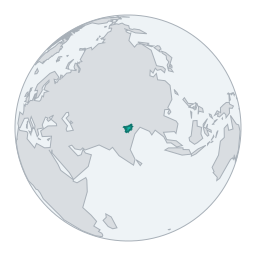 Bihar on an orthographic globe, rotated 327°
{"feature_id": "IND-3258", "entity_name": "Bihar", "entity_type": "State", "adm_level": 1, "iso_a3": "IND", "parent_name": "India", "parent_adm1": "", "projection": "orthographic", "projection_center": [85.594, 25.909], "detail": "medium", "context": "on_globe", "style": "filled", "palette": "teal", "viewbox_px": 256, "rotation_deg": 327, "n_neighbors": 0, "source": "natural_earth", "source_scale": "10m", "svg_char_len": 11577}
<svg xmlns="http://www.w3.org/2000/svg" viewBox="0 0 256 256"><g transform="rotate(327 128 128)"><circle cx="128" cy="128" r="113" fill="#eef3f6" stroke="#a8b0b8"/><path d="M166.0,22.0L171.6,25.0L176.6,27.4L173.0,26.0L184.6,32.0L189.8,36.0L182.0,30.6L179.6,29.5L182.1,31.7L180.3,31.1L180.4,31.9L178.0,31.1L173.6,28.4L172.0,27.9L173.8,29.5L172.5,30.0L170.1,27.7L167.6,28.3L159.8,24.7L155.2,20.3L148.9,18.8L138.8,16.1L137.8,16.2L133.3,15.7L130.3,15.7L129.3,15.5L127.9,15.8L129.4,16.0L127.7,16.4L126.1,16.0L126.6,15.9L125.3,15.9L125.2,15.7L124.4,15.9L122.6,15.7L122.0,16.1L118.7,16.2L118.1,16.0L121.3,15.7L124.3,15.4L132.8,15.5L141.2,16.1L149.6,17.5L157.9,19.4L166.0,22.0ZM180.6,29.5L179.0,28.4L181.2,29.7L180.6,29.5ZM180.9,32.2L181.9,32.7L181.5,32.9L180.9,32.2ZM177.5,32.0L176.5,32.3L176.7,31.5L177.5,32.0ZM121.6,15.5L121.1,15.6L115.7,16.0L117.1,15.9L121.6,15.5ZM175.5,32.2L173.4,33.4L175.5,34.6L168.3,32.1L172.5,31.7L172.4,30.4L173.8,31.6L175.5,32.2ZM130.5,16.0L128.9,15.8L131.7,15.9L130.5,16.0ZM132.4,16.1L141.4,16.7L143.0,17.3L139.7,16.8L143.1,17.8L139.5,17.7L136.8,17.2L136.4,16.8L135.4,17.2L132.4,16.1ZM164.7,30.7L163.5,30.7L163.9,30.2L164.7,30.7ZM129.4,16.4L131.1,16.3L132.7,16.8L129.6,17.0L130.1,16.7L129.4,16.4ZM145.7,18.1L146.3,18.7L143.6,18.7L143.5,19.0L139.5,17.8L145.7,18.1ZM128.9,16.7L128.1,17.1L125.9,17.0L127.9,16.4L128.9,16.7ZM134.4,16.9L135.0,17.2L133.6,17.1L134.4,16.9ZM117.6,17.4L119.6,17.1L120.6,17.3L117.6,17.4ZM127.9,17.2L128.6,17.3L129.2,17.4L128.2,17.6L127.9,17.2ZM137.9,18.0L136.6,18.0L139.4,18.5L137.4,18.7L135.2,18.0L135.3,18.4L134.7,18.5L133.5,17.8L137.9,18.0ZM129.0,18.3L125.5,17.7L121.6,18.0L120.6,17.8L127.0,17.3L129.0,18.3ZM131.8,18.0L129.8,18.1L129.6,17.7L130.8,17.4L131.8,18.0ZM136.9,19.2L140.5,19.1L140.9,19.3L136.9,19.2ZM128.0,18.4L128.8,18.6L127.7,18.5L128.0,18.4ZM134.2,19.0L135.4,18.9L135.8,19.1L134.2,19.0ZM129.6,19.1L128.5,18.9L129.2,18.6L129.6,19.1ZM131.8,19.1L132.0,19.5L130.2,18.7L132.2,19.0L131.8,19.1ZM134.4,19.3L135.0,19.3L133.9,19.3L134.4,19.3ZM127.4,20.4L124.9,19.4L126.6,18.8L128.8,19.8L127.4,20.4ZM26.5,79.2L36.6,67.7L36.0,71.2L41.1,75.9L41.2,77.7L37.5,82.1L38.8,93.9L42.9,91.1L47.2,99.2L52.1,102.0L59.4,93.2L51.4,88.5L53.1,82.9L62.0,82.7L69.4,87.3L70.3,85.3L68.2,78.8L72.6,76.6L67.8,76.4L67.8,78.9L64.8,79.0L64.6,76.7L66.2,75.9L64.7,73.9L57.7,78.7L56.9,81.8L51.4,79.6L49.6,84.7L47.2,85.8L49.3,77.7L51.2,75.5L53.0,65.8L50.6,67.8L48.7,77.3L48.1,75.9L44.8,79.2L46.9,75.6L49.6,65.2L46.4,63.5L37.7,69.0L36.8,67.8L38.2,64.1L46.0,55.7L47.1,59.5L49.9,57.0L53.6,51.8L53.7,53.5L55.3,52.0L56.2,53.4L61.2,51.7L62.6,52.9L68.4,48.9L69.9,49.1L66.1,51.3L64.2,53.7L68.2,57.3L70.0,57.0L73.5,54.2L74.1,55.8L76.9,52.7L81.1,53.8L78.4,50.1L82.3,47.3L86.9,46.4L87.7,44.9L80.3,46.5L77.7,47.8L76.4,49.9L69.1,53.4L66.9,53.0L72.7,47.1L70.2,46.0L75.8,42.3L92.4,39.7L97.4,40.6L97.7,47.9L94.4,49.0L92.6,46.9L90.8,51.4L92.6,49.8L93.1,51.2L97.1,49.4L97.6,50.3L100.4,47.0L101.5,48.0L99.8,50.1L106.5,48.6L110.0,50.3L111.2,49.5L111.6,48.2L115.7,51.6L116.4,50.9L115.3,49.5L116.1,47.3L119.1,44.9L120.4,46.2L119.5,47.2L119.4,51.5L116.8,54.4L117.6,54.7L120.2,52.5L120.2,47.2L121.7,45.5L122.2,47.8L122.1,46.8L123.2,46.3L125.5,47.2L125.2,44.6L135.7,38.9L141.2,40.3L140.4,42.8L149.1,41.3L154.5,43.6L153.5,42.3L157.0,41.0L155.4,40.2L155.2,39.5L163.4,36.9L166.3,37.5L168.7,35.5L168.2,34.9L166.2,34.2L168.3,32.1L175.5,34.6L176.3,35.8L180.2,36.8L181.5,39.6L184.3,42.6L183.3,45.5L185.6,47.9L186.9,48.1L191.1,51.8L195.1,59.2L186.1,52.3L178.9,42.5L181.4,46.2L179.1,45.3L179.0,46.6L180.8,49.5L182.1,49.9L176.4,55.1L177.5,63.7L181.5,62.6L185.0,64.8L189.8,75.4L185.9,91.3L190.5,95.7L191.4,99.0L188.8,101.5L187.4,96.8L183.9,95.5L183.5,92.7L178.9,95.6L178.1,91.7L174.8,96.1L177.1,99.0L181.5,97.7L179.1,103.7L184.8,108.5L186.5,115.1L180.4,127.9L172.6,132.5L172.4,134.7L168.8,132.6L164.8,137.2L172.1,148.3L172.2,151.7L165.3,158.7L165.0,156.3L155.4,150.9L154.2,158.9L161.5,165.0L164.0,172.3L158.6,170.4L156.0,163.9L152.6,161.8L153.2,154.9L149.6,144.6L144.2,146.8L144.2,142.5L138.5,133.9L130.5,136.7L118.1,147.4L116.9,158.0L112.4,162.2L105.4,146.4L104.5,135.8L100.5,136.3L94.5,126.5L80.1,123.1L79.2,120.0L76.3,120.6L72.2,116.7L71.5,111.8L68.4,111.1L70.8,124.1L74.2,124.9L78.7,121.4L78.6,125.7L82.7,130.5L73.7,138.6L54.3,141.5L54.5,133.3L50.8,107.7L52.1,105.5L52.2,105.3L52.3,104.7L49.7,108.0L49.8,103.2L49.5,120.1L48.5,126.8L54.0,141.8L53.0,142.7L55.4,146.2L65.6,146.6L65.2,149.1L59.1,159.3L46.7,170.1L49.6,181.0L50.8,189.2L45.9,191.6L49.1,198.2L46.9,198.7L48.7,202.0L48.5,204.2L47.2,205.1L42.0,200.6L39.5,197.3L33.5,188.9L24.3,170.1L23.3,164.0L21.9,157.8L18.4,141.2L19.0,134.6L18.6,130.5L17.5,129.2L17.3,124.4L16.9,123.0L15.8,118.0L16.8,109.9L18.4,102.0L20.5,94.2L23.2,86.6L26.5,79.2ZM29.6,75.9L28.5,77.7L29.6,75.9ZM75.0,97.6L80.9,100.1L82.0,93.0L84.4,93.5L83.9,91.0L82.1,92.5L81.5,86.0L85.3,85.2L86.6,82.4L84.6,81.5L77.6,84.1L78.4,93.2L75.5,95.2L75.0,97.6ZM63.7,43.3L62.7,44.8L60.5,46.1L58.7,45.4L61.9,43.5L63.7,43.3ZM61.8,46.8L68.0,41.6L69.4,42.1L67.6,42.7L67.8,43.5L65.0,44.6L60.2,50.5L57.9,52.1L55.9,49.5L57.8,49.3L58.6,47.7L61.8,46.8ZM81.6,30.3L84.3,28.8L83.7,31.7L81.2,32.8L79.3,31.9L81.1,30.2L81.6,30.3ZM113.8,16.6L114.9,16.4L115.3,16.4L114.8,16.6L113.8,16.6ZM118.5,17.3L109.6,17.8L110.3,17.5L104.2,18.5L103.8,18.3L107.8,17.5L103.0,18.3L106.5,17.5L102.9,18.2L111.9,16.6L114.8,16.2L111.7,16.7L111.9,16.9L112.9,16.9L117.8,16.6L124.2,16.1L125.5,16.5L124.7,17.0L123.3,17.1L122.9,16.7L121.4,17.3L119.8,16.9L118.5,17.3ZM114.3,25.7L114.4,24.5L111.1,26.8L109.5,25.9L109.2,26.2L106.8,26.1L103.4,26.6L103.1,26.0L101.9,26.5L100.3,26.5L98.5,27.0L97.4,26.3L95.2,26.9L96.0,26.3L92.4,27.5L94.5,26.3L92.7,26.4L91.6,27.6L89.9,24.0L87.5,23.9L84.3,24.7L88.4,22.9L94.0,21.2L99.7,20.1L101.4,20.6L102.9,19.8L104.2,19.9L102.4,20.5L105.9,19.7L106.5,20.0L111.5,19.9L116.1,19.0L118.1,19.1L116.6,19.6L119.6,19.4L118.0,20.5L119.4,20.6L119.2,22.0L115.5,23.2L117.3,23.3L117.3,24.5L114.3,25.7ZM127.2,20.8L123.1,22.0L120.2,22.2L121.7,19.7L120.7,19.5L121.6,18.2L125.7,18.0L125.1,18.4L125.5,18.7L124.0,18.6L125.5,18.9L124.6,19.4L125.5,19.9L123.9,20.1L127.2,20.8ZM43.3,76.8L43.7,77.6L44.8,78.5L42.8,80.8L43.3,76.8ZM45.0,69.7L45.6,70.0L43.3,73.3L42.9,72.5L45.0,69.7ZM48.0,67.5L45.9,69.7L46.8,68.0L48.0,67.5ZM66.9,51.5L67.9,51.8L67.2,52.6L65.7,53.3L66.9,51.5ZM104.1,33.5L104.6,32.5L105.4,32.4L108.4,30.6L109.9,31.3L108.6,32.7L104.1,33.5ZM56.9,94.1L54.3,95.1L54.1,93.8L55.0,93.7L56.9,94.1ZM47.3,87.7L48.6,90.4L46.8,88.3L47.3,87.7ZM106.2,33.9L107.3,33.1L107.3,34.0L106.2,33.9ZM111.1,31.8L111.5,32.7L110.4,31.2L111.1,31.8ZM106.7,235.2L108.8,236.0L106.9,235.8L106.7,235.2ZM65.5,193.5L64.4,205.7L60.3,204.2L57.7,199.8L56.8,191.9L61.1,191.1L62.6,187.9L65.5,193.5ZM189.1,185.4L191.9,185.2L191.8,185.6L189.1,185.4ZM186.2,184.4L189.5,183.9L185.5,185.5L186.2,184.4ZM190.8,183.7L194.1,182.1L195.6,181.0L195.3,182.0L190.8,183.7ZM183.9,184.9L171.0,186.7L165.8,186.1L167.2,184.3L175.6,183.7L183.9,184.9ZM166.7,184.3L158.6,180.2L146.9,166.6L151.1,166.7L163.3,174.6L162.5,176.1L167.4,179.4L166.7,184.3ZM185.9,172.8L185.1,177.4L178.1,178.1L174.9,177.9L172.7,172.4L173.9,169.4L176.6,169.1L186.5,157.4L190.0,159.3L187.1,164.1L190.0,167.5L185.9,172.8ZM117.5,159.0L120.3,165.3L117.8,166.2L117.5,159.0ZM190.1,149.5L186.4,154.7L189.6,148.1L190.1,149.5ZM191.8,143.4L192.2,145.7L190.4,143.7L191.8,143.4ZM172.7,137.9L169.8,138.8L169.6,137.1L173.0,135.0L172.7,137.9ZM187.7,120.8L188.4,125.7L188.1,127.4L186.5,124.7L187.7,120.8ZM120.0,40.8L114.1,42.3L110.9,44.3L110.5,46.7L108.5,44.2L113.5,41.1L120.0,40.8ZM133.6,38.9L133.9,37.2L135.5,37.7L135.6,38.2L133.6,38.9ZM132.6,38.0L129.8,36.3L131.1,35.2L133.0,36.7L132.6,38.0ZM117.8,34.6L116.0,34.9L116.0,34.1L117.8,34.6ZM199.0,215.4L201.3,213.2L203.7,211.4L200.7,214.0L199.0,215.4ZM196.8,210.2L177.4,220.2L173.8,220.4L176.0,218.0L175.1,211.7L176.4,211.6L177.1,206.8L189.2,200.0L198.3,189.4L203.6,188.4L208.5,180.6L213.5,179.2L211.2,184.8L215.5,186.0L220.8,173.2L221.0,183.6L222.5,185.7L220.1,192.0L208.7,206.5L204.3,210.5L204.5,210.0L202.4,211.8L200.7,212.6L201.9,209.9L199.7,211.7L202.7,208.4L199.2,211.7L199.3,210.0L196.8,210.2ZM231.3,172.9L231.6,172.1L231.7,171.9L231.3,172.9ZM235.0,163.2L235.2,162.6L235.1,162.8L235.0,163.2ZM235.2,162.6L235.6,161.1L235.3,162.3L235.2,162.6ZM235.4,158.6L235.7,157.7L235.7,158.1L235.4,158.6ZM196.0,184.2L200.1,180.0L202.2,179.1L196.0,184.2ZM235.3,157.7L234.8,158.3L234.9,157.6L235.3,157.7ZM235.6,156.1L235.6,155.3L235.7,157.0L235.6,156.1ZM234.7,155.4L235.2,156.2L234.6,155.7L234.7,155.4ZM234.2,156.1L233.7,155.9L233.8,155.6L234.2,156.1ZM226.2,163.3L228.4,167.0L226.2,168.3L223.8,166.5L221.3,170.8L215.8,172.8L217.3,170.2L216.8,167.5L210.7,168.5L209.5,166.9L211.8,164.8L207.5,164.5L212.2,162.1L214.0,165.6L216.5,161.4L220.6,160.5L224.3,160.1L226.9,161.7L226.2,163.3ZM211.9,171.3L212.7,171.0L211.9,172.5L211.9,171.3ZM232.7,154.7L233.4,155.9L233.3,156.5L232.9,156.6L232.7,154.7ZM227.6,160.6L230.6,155.4L231.2,155.0L229.2,160.1L227.6,160.6ZM230.0,153.6L231.2,153.2L231.8,154.7L231.5,155.4L230.0,153.6ZM202.4,170.4L202.2,171.6L200.9,171.0L202.4,170.4ZM204.1,169.2L207.8,169.4L203.7,170.3L204.1,169.2ZM191.9,168.1L193.1,170.6L197.0,168.0L194.0,171.2L196.5,175.1L195.5,177.0L193.1,172.7L192.0,178.0L190.3,178.2L189.6,174.1L191.4,168.4L193.1,165.8L199.8,163.4L191.9,168.1ZM204.1,165.9L203.1,162.9L203.8,160.5L204.9,161.9L204.1,165.9ZM199.8,155.8L196.7,152.6L194.2,154.7L199.1,148.1L201.2,152.2L199.8,155.8ZM196.8,147.9L194.5,149.8L196.8,146.1L196.8,147.9ZM193.7,148.6L193.2,145.9L195.2,145.9L193.7,148.6ZM198.1,147.7L198.1,143.0L199.3,145.5L198.1,147.7ZM191.8,140.0L196.4,143.6L190.8,142.9L189.5,134.0L191.8,133.3L191.8,140.0ZM197.8,101.3L196.6,98.9L198.4,97.8L198.7,99.8L197.8,101.3ZM203.1,93.0L198.5,96.8L194.6,100.2L196.3,101.0L196.4,105.5L193.2,102.1L195.1,96.6L198.3,94.8L197.8,91.2L199.4,88.1L197.5,83.9L197.9,81.8L200.6,85.2L203.1,93.0ZM196.5,82.2L193.7,74.8L197.5,74.9L199.0,76.5L198.7,79.8L196.7,79.5L196.5,82.2ZM194.1,73.1L192.2,72.8L183.9,63.2L183.1,61.2L191.4,68.2L190.0,68.4L191.4,70.9L194.1,73.1ZM164.4,31.3L163.6,30.7L164.9,31.1L164.4,31.3ZM154.2,39.1L154.1,38.2L155.6,38.5L154.2,39.1ZM154.7,36.0L153.1,36.3L154.3,35.4L154.7,36.0ZM149.5,37.1L152.2,36.1L150.4,37.8L149.5,37.1Z" fill="#d9dde1" stroke="#a8b0b8" stroke-width="1"/><path d="M131.5,127.1L131.8,127.0L131.8,126.9L132.0,126.9L132.1,127.0L132.4,126.9L132.4,126.7L132.6,126.7L132.6,126.8L132.7,127.0L132.8,127.1L132.2,127.5L131.9,128.0L132.2,128.3L132.3,128.4L132.4,128.8L132.2,128.7L131.9,128.9L131.8,129.0L132.0,129.2L131.9,129.3L131.6,129.2L131.4,129.1L131.3,129.4L131.0,129.4L131.0,129.6L130.8,129.6L130.7,129.8L130.7,130.0L130.6,130.6L130.4,130.5L130.1,130.6L129.8,130.6L129.6,130.8L129.5,131.1L129.2,130.9L129.2,130.7L128.9,130.4L128.6,130.4L128.3,130.2L128.1,130.5L127.9,130.8L127.4,130.8L127.1,131.1L126.8,131.1L126.7,130.9L126.4,130.9L126.3,131.0L126.2,131.0L125.7,130.9L125.7,130.7L125.5,130.8L125.4,130.7L125.4,130.8L125.2,130.5L124.6,130.7L124.3,130.7L124.3,130.3L124.0,130.0L124.0,129.8L124.0,129.6L124.0,129.4L125.0,128.8L125.4,128.3L125.6,128.3L125.6,128.5L125.7,128.3L125.8,128.3L126.1,128.4L126.3,128.3L126.1,128.1L125.8,127.9L125.6,127.9L125.3,127.6L125.2,127.4L125.5,127.2L125.2,126.9L125.1,126.7L125.1,126.8L125.3,126.7L125.9,126.5L125.7,126.3L125.6,126.1L125.3,126.0L125.3,125.7L125.1,125.5L125.0,125.2L124.9,125.0L125.2,125.0L125.4,124.8L125.7,125.1L126.2,125.2L126.4,125.5L126.3,125.8L126.6,125.8L126.8,125.9L127.0,126.2L127.3,126.3L127.5,126.4L128.0,126.1L128.2,126.3L128.2,126.5L128.4,126.7L128.7,126.5L129.1,126.7L130.0,127.0L130.0,126.9L130.2,127.0L130.5,126.7L130.7,127.0L130.9,127.0L131.0,127.1L131.5,127.1Z" fill="#14b8a6" stroke="#0f766e" stroke-width="1.5"/></g></svg>